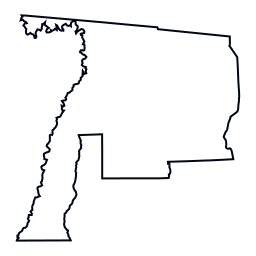 outline of Alto Paraíso, Rondônia, Brazil
{"feature_id": "56859067B16955929440840", "entity_name": "Alto Paraíso", "entity_type": "district", "adm_level": 2, "iso_a3": "BRA", "parent_name": "Brazil", "parent_adm1": "Rondônia", "projection": "natural_earth1", "projection_center": [-63.561, -9.698], "detail": "fine", "context": "isolated", "style": "outline", "palette": "ink", "viewbox_px": 256, "rotation_deg": 0, "n_neighbors": 0, "source": "geoboundaries", "source_scale": "gbopen_adm2", "svg_char_len": 4528}
<svg xmlns="http://www.w3.org/2000/svg" viewBox="0 0 256 256"><path d="M229.8,148.3L228.3,148.8L227.1,148.5L226.2,147.8L225.9,146.7L226.4,144.4L226.0,141.1L225.7,140.0L224.6,138.6L223.7,136.7L225.1,133.1L225.7,131.9L227.1,130.0L228.4,123.0L229.7,119.8L230.4,118.0L230.5,116.8L236.5,112.3L237.3,111.6L238.1,109.5L238.4,104.9L238.9,101.5L239.0,98.1L239.2,96.9L239.1,92.7L238.9,89.6L238.4,82.5L237.9,69.6L237.6,63.4L237.2,57.1L235.2,54.2L230.2,46.9L229.4,46.0L229.9,44.5L229.8,36.5L222.0,35.7L157.9,29.2L157.4,27.3L131.7,25.0L108.0,22.8L102.8,22.3L26.1,15.6L21.7,15.4L22.5,16.6L21.5,17.7L20.7,20.3L22.7,19.7L23.8,21.0L26.2,22.2L26.8,23.2L25.0,23.4L24.3,24.1L23.4,25.6L24.5,26.4L25.5,28.1L26.3,28.9L25.9,31.4L26.2,33.4L27.3,34.6L28.5,34.3L30.4,32.9L31.4,33.9L33.4,34.6L34.1,35.8L34.6,37.9L35.8,37.9L36.4,36.8L35.6,33.1L36.0,31.8L36.8,30.6L37.5,29.4L39.3,29.8L40.6,30.6L41.7,29.1L41.8,27.0L42.2,25.9L42.1,24.2L43.8,23.6L45.1,22.3L44.6,24.9L46.1,25.8L47.1,26.6L48.7,27.9L47.7,28.4L46.9,29.2L46.1,31.1L46.7,32.4L49.1,32.4L50.9,31.7L50.8,30.1L52.2,30.8L54.0,29.9L55.0,28.7L56.8,30.1L57.0,28.8L56.1,24.9L57.1,25.5L57.8,26.9L59.0,29.0L60.0,30.1L61.2,30.7L62.2,30.4L63.3,30.7L63.4,29.5L62.3,28.3L62.0,27.0L62.4,25.9L63.6,24.9L65.8,23.8L66.4,24.8L67.6,25.8L69.1,25.8L70.0,25.3L70.9,26.1L70.8,24.1L71.3,22.4L73.4,21.0L75.5,21.2L75.7,24.2L76.3,25.1L77.6,26.0L77.8,27.3L76.9,30.2L75.5,31.4L76.1,33.4L77.2,31.7L78.6,30.8L81.3,29.0L83.0,29.5L84.3,31.1L84.2,32.9L82.9,33.2L81.7,33.5L80.7,33.8L80.9,35.0L82.4,35.5L82.2,37.5L84.4,41.5L83.5,42.8L82.9,44.3L84.4,44.5L84.6,48.1L84.3,50.2L83.4,50.6L82.5,50.2L80.9,50.3L80.2,51.2L80.1,52.3L81.2,52.6L82.5,54.1L83.6,54.8L84.5,54.8L85.3,55.7L86.4,56.9L85.2,58.6L83.3,59.1L82.1,60.5L82.1,61.7L82.6,62.9L81.8,64.9L83.3,66.4L85.8,67.0L85.5,68.4L86.4,69.1L85.7,71.3L86.3,73.2L85.3,73.5L83.5,74.4L83.6,72.3L82.8,71.0L82.6,73.7L82.4,76.4L80.7,77.9L80.8,79.8L79.2,81.2L78.7,83.3L77.5,83.9L74.6,84.4L73.6,84.9L73.6,86.5L72.3,88.1L72.5,89.9L71.4,91.0L70.4,91.6L69.4,92.7L67.8,92.9L67.1,94.7L66.6,95.9L65.4,97.6L66.2,99.1L65.5,100.3L64.6,100.4L63.1,100.5L61.9,101.0L63.2,102.6L63.9,104.3L64.4,105.7L63.1,106.5L61.7,105.7L61.9,107.1L61.8,108.6L62.4,110.5L63.9,110.6L61.5,113.9L61.0,115.4L59.9,116.8L58.4,117.1L56.5,117.8L57.0,119.2L56.4,120.7L57.0,122.5L57.0,124.4L56.2,126.0L55.3,127.7L54.3,128.4L53.7,129.5L52.6,130.1L52.4,131.6L52.7,133.4L52.1,134.9L50.6,134.7L49.8,135.3L49.9,141.0L48.9,142.3L48.2,143.6L47.0,144.5L46.7,146.3L48.7,148.1L49.7,149.2L49.6,150.7L48.6,151.8L46.3,152.5L44.1,153.7L43.8,155.1L44.1,156.5L44.4,159.1L46.0,159.4L47.0,159.8L45.6,163.5L44.8,164.3L44.0,165.0L41.8,166.1L41.3,167.1L42.1,169.4L43.0,169.9L44.3,170.3L43.1,172.7L42.6,173.7L42.3,175.3L42.5,178.5L42.0,179.9L42.0,181.1L40.9,182.3L42.1,185.3L40.7,186.2L38.2,186.9L37.4,188.0L37.5,189.0L38.1,190.5L38.2,192.5L38.9,194.7L39.8,196.2L38.3,196.6L37.0,197.4L35.2,197.5L34.3,200.1L33.6,201.9L33.7,203.2L32.5,205.5L32.2,206.8L32.2,208.2L32.4,210.0L31.3,210.6L30.6,211.5L31.3,212.7L31.9,213.8L31.7,215.0L30.1,215.0L29.0,214.9L28.6,215.9L28.7,217.2L27.9,218.4L28.4,219.6L29.1,220.8L28.6,221.8L27.6,223.0L27.4,224.3L27.1,225.6L26.5,226.7L25.1,227.8L23.5,228.0L22.9,228.9L22.0,230.9L19.8,232.5L18.8,233.3L18.4,235.6L17.4,235.6L17.4,237.2L18.6,237.9L18.0,238.8L17.1,239.4L16.8,240.6L17.9,240.6L70.7,240.4L70.0,238.6L69.2,237.2L68.4,236.2L68.5,235.0L67.8,233.7L67.3,232.5L67.9,231.6L67.9,230.4L67.0,230.0L66.3,229.2L65.5,228.1L64.7,227.1L64.6,226.1L64.1,225.1L64.2,223.2L64.6,221.5L64.3,219.8L64.3,218.5L64.5,217.2L64.6,215.2L64.5,214.0L65.4,213.1L66.3,212.4L66.7,211.1L67.8,210.2L69.1,209.0L69.5,207.9L69.8,205.9L70.7,204.9L72.0,203.7L72.6,202.1L72.8,200.6L74.1,198.8L75.0,198.0L75.8,196.2L76.5,194.8L76.2,193.3L76.0,192.3L75.3,191.0L74.5,189.9L73.8,188.5L73.4,187.1L73.4,185.3L73.9,184.4L74.7,182.7L75.3,180.5L75.7,177.9L76.0,176.2L76.0,174.8L76.2,172.9L75.5,171.7L75.8,169.3L76.2,167.3L76.1,165.5L76.7,163.8L76.1,162.8L76.7,161.8L78.4,160.1L78.7,159.0L79.1,157.3L79.4,155.6L79.0,154.5L79.3,152.8L79.0,151.1L79.5,150.1L80.5,148.9L81.1,148.0L81.0,146.7L81.3,145.1L80.7,143.9L80.5,141.8L80.9,140.7L80.4,139.7L79.8,138.2L79.1,136.7L78.7,135.1L102.1,134.3L102.2,151.4L102.2,159.8L102.2,168.6L102.2,178.4L160.0,178.3L168.6,178.0L169.1,175.9L168.8,174.4L170.0,173.7L170.3,172.4L170.4,170.9L170.1,169.1L169.4,167.4L169.5,165.6L169.3,163.4L168.1,163.7L167.9,161.8L187.6,161.2L193.1,161.0L203.0,160.6L209.7,160.4L218.2,160.0L233.3,159.2L232.5,155.1L231.9,152.0L231.4,150.2L230.8,149.0L229.8,148.3Z" fill="none" stroke="#020617" stroke-width="2"/></svg>